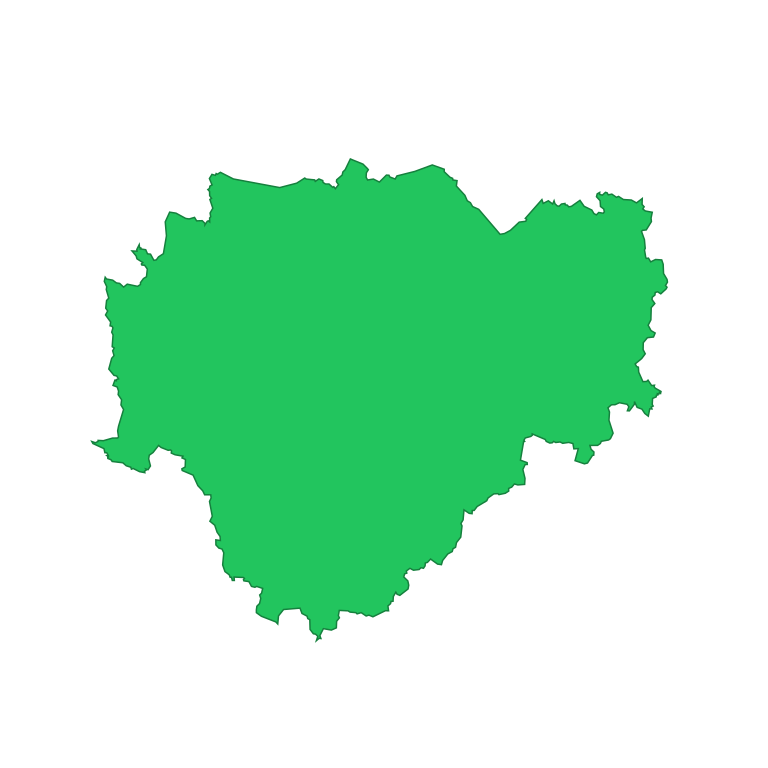 Villa Purificación, Jalisco, Mexico (orthographic projection), rotated 169°
{"feature_id": "50627088B43158791534375", "entity_name": "Villa Purificación", "entity_type": "district", "adm_level": 2, "iso_a3": "MEX", "parent_name": "Mexico", "parent_adm1": "Jalisco", "projection": "orthographic", "projection_center": [-104.744, 19.824], "detail": "fine", "context": "isolated", "style": "filled", "palette": "green", "viewbox_px": 768, "rotation_deg": 169, "n_neighbors": 0, "source": "geoboundaries", "source_scale": "gbopen_adm2", "svg_char_len": 6138}
<svg xmlns="http://www.w3.org/2000/svg" viewBox="0 0 768 768"><g transform="rotate(169 384 384)"><path d="M665.6,359.8L655.4,356.5L652.6,352.9L648.4,350.6L648.2,348.6L646.3,348.9L640.7,344.6L635.7,342.6L635.8,344.0L633.6,345.0L634.0,346.0L632.0,344.9L628.9,348.1L629.3,355.4L628.0,358.9L623.8,360.8L617.0,366.7L614.9,364.2L608.5,360.1L606.1,360.0L605.3,359.0L606.0,356.8L602.6,354.4L595.1,351.5L596.4,350.0L593.3,347.8L595.0,340.5L598.6,339.3L598.6,337.6L588.8,331.0L586.1,319.7L582.3,313.7L581.2,309.5L575.2,308.3L575.5,305.0L577.7,302.0L577.8,286.9L581.1,282.5L577.1,277.7L576.1,270.3L574.0,265.6L574.5,261.6L578.8,263.1L579.7,258.1L577.4,254.4L574.5,252.9L573.5,248.9L576.9,237.2L575.9,230.2L572.3,226.2L571.9,223.6L570.6,223.4L570.4,220.1L568.4,219.7L568.0,223.1L558.9,220.9L558.1,219.8L559.3,218.8L559.1,217.5L554.3,215.8L552.7,210.6L549.5,209.1L547.6,209.6L542.1,206.5L544.1,202.0L546.3,200.6L545.9,197.0L548.0,192.3L551.2,190.1L552.4,186.6L552.9,183.9L548.7,179.4L535.6,171.1L534.1,168.7L531.8,176.5L525.6,181.8L509.2,180.0L508.3,174.4L503.8,170.8L503.6,168.3L501.8,166.8L503.4,157.2L501.0,152.3L498.9,151.5L497.1,149.0L499.3,145.0L496.3,146.7L494.5,146.2L495.0,149.2L490.2,155.4L482.6,152.5L477.3,153.7L475.8,160.1L472.4,163.0L473.0,165.3L471.1,170.3L462.6,168.2L460.9,166.6L455.2,164.9L454.3,163.5L450.0,163.9L445.8,159.7L442.9,160.0L439.3,157.6L425.9,161.2L422.8,160.5L422.5,165.4L419.5,167.1L418.6,169.2L416.6,169.0L415.4,173.6L412.1,177.4L411.3,175.1L408.8,173.5L399.5,178.2L398.1,181.8L398.2,186.2L401.4,190.8L400.0,193.7L397.7,194.0L397.8,196.2L393.7,198.1L390.6,195.6L384.9,195.2L382.8,196.6L380.4,195.6L378.4,197.6L377.6,200.4L375.4,200.6L371.7,203.3L365.8,197.0L362.1,195.7L360.1,199.6L353.8,205.0L349.0,206.5L347.7,209.1L344.9,210.1L343.1,214.5L337.9,219.0L334.5,229.8L335.1,232.4L332.3,235.5L329.5,245.2L325.1,240.8L322.3,239.9L321.5,243.0L319.6,242.7L315.9,246.0L305.4,249.8L303.6,252.3L297.2,255.2L293.0,254.6L292.3,253.5L285.8,253.6L282.0,255.1L281.6,257.7L278.3,258.4L275.1,261.0L271.9,259.4L265.1,258.6L263.6,264.5L264.0,273.6L260.8,278.0L258.7,277.7L258.5,279.5L264.6,283.2L258.0,300.7L256.9,300.8L257.4,302.1L255.6,304.1L249.9,304.5L248.2,305.4L248.0,306.7L236.3,298.8L235.7,296.7L232.5,294.4L230.0,294.2L228.4,295.3L226.6,293.8L222.2,293.5L219.9,291.7L213.8,291.4L209.9,289.5L210.0,284.1L205.6,283.5L211.1,272.3L202.5,267.4L199.3,267.6L193.0,274.1L191.7,274.1L190.9,277.2L193.2,280.4L193.6,284.4L186.0,283.0L183.0,284.3L181.6,286.3L174.2,286.2L172.2,287.1L168.5,292.0L170.1,305.5L168.0,313.5L168.7,317.9L164.7,320.2L161.1,319.6L156.5,320.7L149.2,317.7L148.0,315.0L150.2,311.3L148.2,310.8L142.0,316.4L141.5,319.0L140.0,312.8L135.6,310.1L133.6,305.3L130.7,302.0L127.9,308.9L125.7,308.4L126.1,310.4L124.0,311.0L124.6,312.7L123.1,318.6L119.3,319.4L118.7,321.0L117.3,321.0L117.4,322.3L116.1,321.7L115.3,323.1L114.3,322.0L113.5,323.8L118.6,328.2L119.4,329.8L118.7,331.2L121.6,331.4L124.1,337.4L125.7,336.4L129.4,336.9L131.7,347.0L131.1,352.0L132.7,352.9L133.6,355.8L126.2,359.8L121.8,363.8L123.1,368.3L121.6,375.1L116.6,379.2L110.5,378.7L108.1,382.3L111.7,385.5L113.5,391.3L109.8,396.0L107.1,408.0L102.8,411.3L104.8,415.8L104.1,418.0L101.1,419.6L100.3,422.1L97.8,422.3L95.1,419.7L88.9,423.5L87.7,425.0L88.9,427.0L86.3,429.9L86.2,432.7L88.5,439.1L87.1,448.3L87.7,452.8L93.7,454.4L98.9,453.0L100.4,457.1L102.6,457.2L102.9,458.5L102.7,465.9L101.7,467.3L100.8,476.0L102.1,484.7L100.9,485.5L97.2,485.2L90.5,492.4L90.2,495.9L87.9,501.4L94.5,504.0L96.6,506.5L94.8,508.3L96.4,511.0L95.1,516.8L101.6,513.6L106.1,517.4L113.8,519.4L118.0,523.4L120.2,522.9L124.1,526.9L127.8,526.9L128.5,529.1L130.0,529.9L133.6,527.7L136.2,529.0L135.7,530.9L138.4,530.0L139.7,527.3L136.9,522.7L137.6,516.9L134.9,513.9L134.9,510.9L136.2,509.8L140.5,511.4L143.2,509.5L145.4,511.2L146.8,515.1L153.6,520.2L156.6,526.9L166.2,522.6L168.9,522.7L169.9,524.6L171.9,525.3L171.9,526.7L175.5,526.8L178.2,525.1L180.0,525.8L181.8,528.4L182.1,531.4L184.1,528.5L187.7,532.5L193.3,530.9L193.8,534.9L213.7,519.6L212.6,518.4L213.8,516.7L220.4,517.1L230.6,510.7L237.0,508.7L241.5,508.8L257.7,537.4L263.2,541.3L264.6,545.5L267.3,548.0L268.6,553.8L275.2,564.5L273.5,569.7L277.4,571.1L277.4,572.8L279.8,574.4L284.4,580.9L283.9,583.3L294.8,589.8L313.2,586.8L331.6,585.8L333.9,583.1L338.8,586.1L339.3,588.0L341.8,588.6L350.0,583.1L355.3,587.2L361.2,587.4L362.1,590.4L361.0,594.7L358.5,597.3L359.0,598.4L362.6,603.8L374.1,611.3L381.2,601.8L383.9,600.0L385.2,597.1L391.5,593.5L392.1,591.7L390.6,588.3L394.5,585.0L395.6,587.3L396.8,586.8L399.8,590.8L403.3,591.5L405.4,593.5L405.3,595.4L408.8,597.7L412.8,596.0L413.1,597.6L421.2,600.0L422.5,601.3L431.4,597.8L448.9,596.7L492.7,614.0L504.2,623.0L507.6,621.7L508.6,622.6L509.7,621.0L512.9,622.6L516.2,619.0L514.8,612.2L517.1,611.5L518.1,609.2L519.8,608.5L518.5,606.3L519.2,602.1L517.9,599.2L519.7,598.4L518.5,589.2L522.1,585.0L522.2,581.2L523.5,580.2L524.2,576.3L525.4,577.7L526.5,577.4L529.4,574.4L529.1,575.8L531.3,579.0L536.8,579.9L538.2,583.7L543.8,583.2L547.1,584.4L555.6,591.4L561.6,593.6L567.8,584.9L569.3,570.9L575.7,554.0L581.1,551.8L583.8,549.3L586.3,549.3L588.4,556.0L591.3,556.9L592.3,561.3L597.4,563.1L596.7,563.8L597.9,564.7L597.7,567.5L601.0,563.2L601.1,561.5L606.0,562.7L602.9,557.1L602.6,554.0L597.6,549.3L599.3,548.1L599.0,547.0L596.3,546.2L594.4,542.0L596.7,534.6L600.0,533.4L603.7,530.0L604.1,528.1L607.3,526.9L617.0,531.0L621.1,528.8L624.3,533.2L627.4,534.3L630.5,537.7L636.3,540.0L637.3,542.0L639.0,538.1L637.6,532.5L638.6,529.7L637.8,520.8L640.4,518.9L642.7,511.5L641.3,508.4L644.2,504.9L640.5,497.0L641.8,493.4L639.9,492.5L639.4,490.8L641.4,486.8L640.6,483.9L643.7,472.5L641.9,470.8L644.0,468.4L643.6,463.4L646.4,461.2L651.3,451.2L647.4,444.0L644.9,442.9L643.6,439.7L645.9,439.4L646.1,438.3L647.4,439.1L650.3,434.3L646.5,432.0L645.9,427.7L647.0,424.3L644.6,418.6L646.2,413.6L644.5,408.7L652.6,393.3L654.4,388.8L654.7,382.7L655.7,381.8L660.9,382.7L670.3,381.9L675.4,383.2L675.6,382.2L678.5,381.4L681.8,383.3L681.1,381.1L671.2,374.0L671.1,369.8L669.3,369.5L668.3,366.6L669.7,366.6L667.9,364.6L669.1,365.3L669.3,363.6L666.5,361.8L665.6,359.8Z" fill="#22c55e" stroke="#15803d" stroke-width="1.5"/></g></svg>